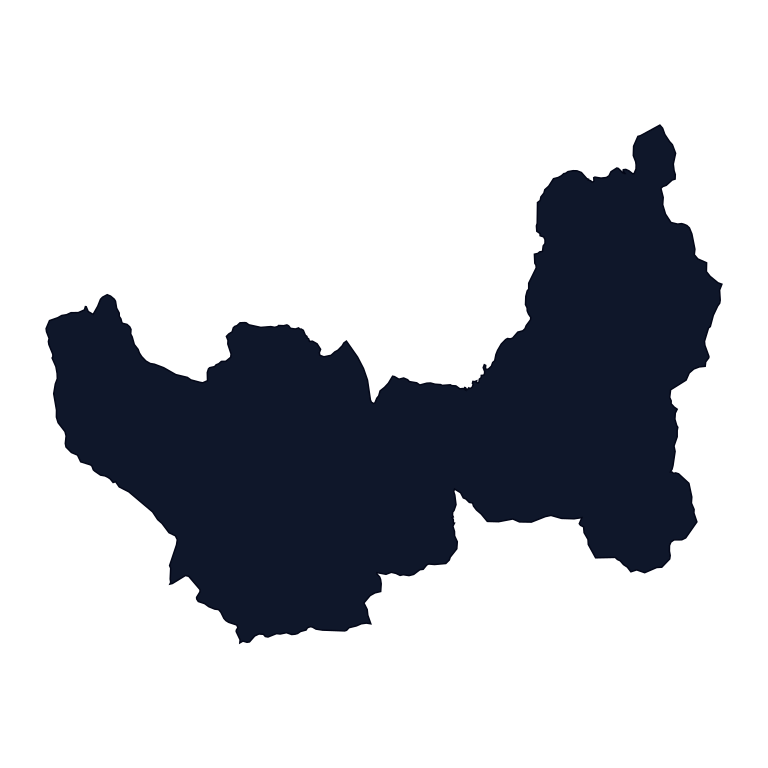 the district of Concepción, Santander, Colombia
{"feature_id": "7082276B80611154033252", "entity_name": "Concepción", "entity_type": "district", "adm_level": 2, "iso_a3": "COL", "parent_name": "Colombia", "parent_adm1": "Santander", "projection": "albers", "projection_center": [-72.613, 6.801], "detail": "fine", "context": "isolated", "style": "filled", "palette": "ink", "viewbox_px": 768, "rotation_deg": 0, "n_neighbors": 0, "source": "geoboundaries", "source_scale": "gbopen_adm2", "svg_char_len": 6093}
<svg xmlns="http://www.w3.org/2000/svg" viewBox="0 0 768 768"><path d="M659.9,125.1L640.4,135.7L637.9,136.4L633.6,146.2L633.3,155.6L635.7,161.8L636.1,165.0L636.0,169.0L634.0,173.7L632.6,173.7L628.9,170.8L625.8,169.4L623.3,169.7L623.1,170.8L625.0,173.5L624.3,173.5L622.9,172.9L618.3,168.4L616.8,168.0L611.0,171.7L609.0,175.8L606.4,177.5L601.0,178.1L594.9,177.1L593.7,177.7L594.0,181.0L592.4,182.3L590.6,180.7L588.3,180.1L588.6,179.3L586.8,178.6L581.4,172.5L577.0,170.8L573.1,170.7L568.0,171.6L565.4,173.4L563.8,173.6L561.5,175.7L558.2,177.5L553.5,178.7L548.7,186.2L544.8,189.7L543.9,193.1L540.9,196.9L540.2,200.5L537.5,202.5L537.2,223.3L536.4,225.9L536.8,231.3L540.0,233.5L540.1,235.7L543.7,236.9L545.0,239.6L545.0,243.5L543.2,245.9L542.5,251.4L539.6,251.9L537.9,253.4L534.4,254.2L534.8,263.2L536.0,265.3L536.2,267.9L528.7,283.2L528.7,289.1L527.2,290.9L525.8,296.3L525.5,304.6L527.1,307.8L527.2,310.8L528.5,314.0L530.8,317.4L530.5,319.8L526.2,325.6L525.0,328.7L522.8,330.8L517.8,332.1L512.6,338.1L510.2,338.9L507.5,338.5L505.6,339.6L501.3,344.0L497.6,350.3L495.9,354.6L494.7,360.7L492.7,362.5L491.4,366.2L488.1,369.3L485.4,369.1L485.7,365.4L484.3,364.7L483.2,367.6L484.7,371.7L484.4,374.0L483.7,375.2L481.3,375.4L481.2,377.6L479.3,379.2L479.0,382.0L477.9,383.0L476.4,382.5L476.7,380.8L474.8,381.6L472.9,381.4L472.4,383.4L473.2,384.5L472.0,387.5L470.9,388.1L469.8,388.5L468.8,387.8L467.4,389.6L466.7,389.6L465.5,387.7L464.7,387.5L464.4,388.5L465.0,389.6L463.2,388.5L459.9,388.8L455.9,385.9L451.7,385.6L450.4,384.8L442.1,385.4L440.7,384.6L435.0,384.2L430.6,383.0L426.7,383.2L419.8,385.0L416.7,382.8L409.4,381.6L407.6,379.7L403.7,378.0L398.9,379.2L394.5,376.6L392.6,376.2L388.4,383.2L384.5,387.4L380.1,390.9L378.7,395.9L376.8,398.2L374.9,402.9L373.5,403.5L371.4,402.2L370.4,399.9L367.5,380.1L363.5,368.5L357.6,357.1L346.4,341.1L343.8,343.0L342.3,345.7L337.8,350.3L334.8,351.9L331.1,355.3L323.9,356.8L319.9,355.3L319.3,352.8L320.6,349.3L317.1,343.8L312.5,341.2L309.5,341.4L308.5,338.6L307.3,338.2L306.9,336.4L305.3,335.2L303.3,330.3L301.1,329.0L299.9,329.2L298.6,327.9L295.4,329.0L290.5,328.3L288.6,325.8L286.9,324.9L283.7,325.7L278.6,325.5L277.5,326.6L274.7,327.3L270.8,326.6L260.8,327.4L248.9,324.8L246.2,322.8L244.8,322.6L240.0,322.8L237.0,325.6L234.8,326.4L233.3,327.8L232.1,331.9L228.8,333.9L226.4,336.4L228.0,340.4L227.8,344.0L231.1,354.0L230.7,357.3L225.8,361.3L221.4,361.4L218.8,363.7L216.1,364.8L214.6,366.6L209.7,367.7L208.5,368.8L207.3,372.5L207.5,380.7L202.7,382.8L200.0,382.3L190.9,379.9L187.4,377.4L175.8,374.6L163.7,367.7L154.4,364.2L150.2,363.5L145.9,361.0L141.7,356.6L139.4,353.0L138.1,349.4L134.3,344.5L132.2,336.9L130.7,334.0L131.0,329.4L129.7,326.8L127.0,324.4L122.6,323.3L121.9,322.6L120.9,318.8L119.3,316.4L119.2,313.0L116.6,308.1L115.5,301.2L114.3,299.2L110.6,296.1L107.2,294.7L102.5,297.2L100.5,299.3L97.7,306.3L93.1,314.4L88.2,311.5L86.2,306.7L85.4,306.6L84.4,309.9L78.3,312.6L71.0,312.7L66.6,314.7L61.7,315.5L57.8,317.7L49.5,320.6L46.1,328.6L46.5,331.7L49.1,338.4L48.4,341.5L48.9,344.6L52.8,354.2L52.9,356.5L52.1,358.0L55.9,366.6L57.1,373.4L57.3,378.7L55.3,384.0L53.7,393.7L56.5,410.1L56.4,417.1L58.1,422.7L65.0,431.6L66.1,436.0L65.3,443.5L66.0,447.0L71.4,452.5L77.5,455.1L80.7,461.8L90.6,464.9L92.0,466.2L93.3,469.8L94.7,471.1L100.5,475.1L105.0,475.9L107.9,477.3L110.2,478.9L113.1,482.5L115.6,481.7L119.2,486.9L128.8,491.8L152.6,511.9L157.7,519.6L162.0,523.4L169.0,532.7L175.4,535.8L177.3,539.7L176.5,544.9L169.6,565.6L170.7,568.2L170.2,579.0L170.7,582.3L169.9,584.1L172.4,583.5L185.4,575.5L188.7,576.3L200.1,589.7L199.9,592.0L196.6,597.3L196.7,599.0L198.3,601.5L204.6,603.6L208.8,606.7L214.7,609.1L218.6,609.6L220.9,612.3L223.9,618.4L225.9,620.6L228.6,622.3L236.7,625.0L237.9,627.6L236.3,630.2L236.2,631.6L240.1,639.8L239.8,642.9L242.9,641.1L247.0,642.3L249.5,641.9L254.7,636.0L258.9,634.0L263.4,634.3L265.3,636.5L268.0,637.0L276.5,633.6L280.2,634.0L286.5,632.7L291.7,634.5L295.1,634.2L297.6,633.5L300.5,631.5L306.1,630.0L307.4,627.8L310.2,626.7L312.3,627.0L316.0,629.1L322.5,630.1L344.7,630.9L346.6,630.3L349.0,627.7L356.4,625.9L361.2,623.8L366.4,623.1L370.8,623.8L367.8,615.2L367.2,609.5L363.9,603.0L370.1,595.6L374.9,592.9L380.7,591.5L381.2,583.8L380.6,579.5L379.7,577.0L376.8,573.8L376.9,572.6L386.0,574.3L391.3,572.3L396.0,573.4L400.1,575.4L403.2,574.7L409.0,575.6L413.7,574.4L419.9,569.7L423.2,569.3L426.7,565.0L428.6,564.0L434.5,564.5L445.8,563.5L449.3,560.0L450.2,557.2L456.8,548.8L457.3,541.7L454.6,535.9L454.5,531.4L452.9,526.2L454.5,523.1L453.4,522.9L453.3,519.4L452.0,517.6L453.3,517.0L452.5,515.1L452.7,512.1L454.0,510.5L456.0,504.7L454.8,495.0L453.7,491.5L454.5,489.0L460.6,492.7L463.3,497.9L465.8,498.9L469.3,502.4L472.6,503.0L473.5,506.1L476.5,510.0L481.2,514.0L487.3,521.4L498.6,521.7L512.8,519.0L519.4,521.9L531.4,522.1L545.3,516.6L551.0,515.4L561.5,518.4L574.1,518.8L581.9,517.6L579.3,523.7L580.5,525.3L583.6,526.9L584.1,532.7L588.0,539.4L588.3,544.5L595.6,557.8L615.2,557.4L617.4,559.5L620.2,560.8L623.5,564.6L627.3,567.1L630.9,571.8L636.7,569.9L644.7,572.7L656.7,567.5L661.8,567.2L669.7,559.0L670.2,555.5L669.4,551.1L669.5,545.5L670.9,542.1L674.0,539.9L681.8,539.8L685.7,537.9L696.9,521.9L693.9,513.0L694.1,509.4L691.4,503.1L691.8,497.0L688.9,483.3L678.6,473.8L675.7,472.9L673.5,473.4L672.1,472.1L670.4,471.9L672.1,469.1L673.0,465.6L675.1,451.4L674.0,446.0L677.2,436.8L677.2,430.5L677.8,427.3L676.7,425.5L674.9,419.2L675.3,413.1L677.2,409.2L674.2,407.1L671.1,403.7L671.2,400.9L669.7,397.4L670.6,389.8L686.1,380.1L689.2,373.0L693.8,369.0L699.3,366.9L705.2,366.3L705.7,361.9L708.8,357.8L708.9,356.4L704.9,345.3L704.5,341.3L708.5,328.0L710.3,326.6L713.3,315.3L717.7,306.0L719.7,303.2L720.2,300.2L719.6,290.1L721.9,284.2L718.0,282.8L710.1,276.3L706.4,271.6L706.6,262.8L697.8,258.9L694.3,254.7L694.9,249.2L691.9,234.0L689.4,227.9L686.9,225.5L683.8,224.2L681.5,223.6L677.7,224.1L671.0,222.5L665.5,214.1L662.7,204.7L663.2,197.4L660.9,188.4L662.7,186.6L666.3,185.3L672.2,180.0L675.1,179.1L675.3,174.5L674.1,170.7L673.3,164.0L675.6,153.3L672.4,144.7L669.5,141.5L664.8,134.4L662.6,128.2L659.9,125.1Z" fill="#0f172a" stroke="#020617" stroke-width="1.5"/></svg>